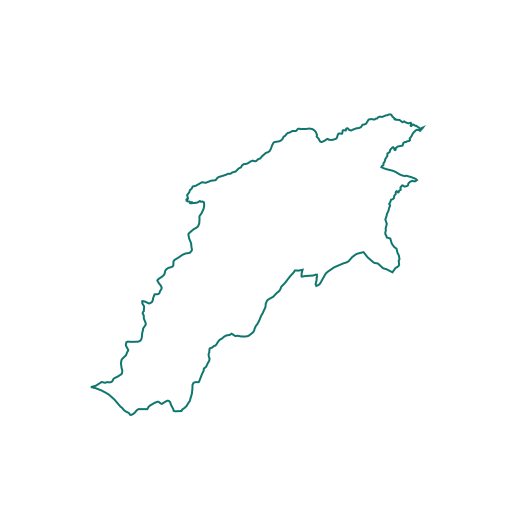 Chinácota, Norte de Santander, Colombia (Albers equal-area conic projection), rotated 54°
{"feature_id": "7082276B37523182527057", "entity_name": "Chinácota", "entity_type": "district", "adm_level": 2, "iso_a3": "COL", "parent_name": "Colombia", "parent_adm1": "Norte de Santander", "projection": "albers", "projection_center": [-72.587, 7.578], "detail": "fine", "context": "isolated", "style": "outline", "palette": "teal", "viewbox_px": 512, "rotation_deg": 54, "n_neighbors": 0, "source": "geoboundaries", "source_scale": "gbopen_adm2", "svg_char_len": 6058}
<svg xmlns="http://www.w3.org/2000/svg" viewBox="0 0 512 512"><g transform="rotate(54 256 256)"><path d="M349.4,155.2L347.7,150.2L348.0,147.7L347.8,146.3L346.9,145.1L343.8,143.4L342.8,141.7L339.5,140.1L336.7,139.7L332.6,138.0L330.1,138.9L327.0,138.9L325.5,138.8L320.8,137.1L317.9,139.3L316.6,138.8L314.7,138.6L313.2,137.8L311.7,136.0L310.0,135.0L306.9,131.3L302.5,129.9L300.1,126.5L299.1,125.6L297.3,122.3L295.5,120.2L294.2,118.1L293.7,117.7L292.4,117.8L292.0,117.4L291.6,116.1L289.9,113.8L290.4,111.8L290.3,110.5L288.6,108.8L287.9,106.4L287.1,106.0L286.2,104.8L286.2,104.2L286.9,103.8L288.1,103.7L288.3,103.3L287.3,101.7L287.5,100.0L285.4,98.8L284.8,96.2L285.2,95.8L286.3,95.5L287.3,94.8L288.2,92.5L288.1,91.4L286.9,90.1L286.5,88.0L287.0,85.4L288.5,84.3L289.1,83.3L289.2,81.2L287.4,81.5L283.8,83.8L279.4,87.2L278.9,88.5L277.0,90.2L274.7,91.7L269.7,93.8L266.8,95.7L262.6,99.3L259.8,101.3L257.8,102.3L257.3,101.3L257.4,100.0L257.2,99.3L255.9,98.3L255.2,96.3L253.7,94.6L252.3,91.0L250.3,89.4L250.5,86.8L248.9,84.8L248.4,81.9L248.5,81.2L249.2,80.9L251.7,81.5L252.1,81.2L252.1,80.7L250.8,79.2L250.8,76.8L252.7,72.8L252.7,72.3L251.3,70.6L251.2,69.9L251.3,68.5L252.0,67.5L252.0,66.4L252.9,64.6L252.9,63.7L252.7,63.2L251.5,62.8L251.1,62.2L250.7,60.3L248.9,56.8L248.3,53.1L248.5,51.5L250.0,50.2L251.1,49.8L251.3,49.4L250.6,48.0L250.7,47.0L250.2,45.4L249.7,47.7L249.3,48.4L244.9,49.8L244.3,50.6L242.3,51.3L241.8,52.1L242.1,53.8L241.8,54.3L241.3,54.1L240.4,52.7L239.2,52.5L238.4,54.5L237.7,55.2L235.6,56.5L234.2,57.0L234.0,58.6L233.8,58.9L230.4,59.9L227.5,63.2L227.1,63.4L226.8,62.9L226.3,63.3L225.3,63.2L223.6,63.7L221.2,63.5L220.1,64.5L219.5,65.7L219.3,67.2L218.5,68.4L217.7,72.1L215.9,74.2L215.6,75.4L215.9,77.2L215.3,78.4L215.3,79.6L215.0,80.3L213.1,82.1L211.9,84.4L212.0,85.2L213.7,89.2L213.1,91.5L212.5,92.5L212.5,93.0L213.4,95.0L213.2,96.8L212.7,98.1L211.8,99.5L210.7,103.4L210.4,105.2L208.9,106.5L206.8,106.7L206.1,107.4L206.3,108.6L207.1,109.3L207.2,109.7L205.8,111.0L205.4,112.0L207.5,114.2L207.6,114.7L206.0,116.3L205.5,117.5L206.4,119.1L207.8,120.9L208.2,122.2L207.4,124.9L206.5,126.7L205.0,128.5L204.5,128.9L203.6,129.0L203.2,129.4L203.0,133.3L202.4,135.9L201.4,136.7L200.4,136.8L198.0,136.4L195.1,136.7L193.9,135.5L191.2,134.8L188.8,134.9L186.6,135.7L184.4,137.7L182.6,140.9L179.6,145.2L178.2,146.4L177.8,147.6L178.3,149.3L178.3,150.4L176.3,153.0L175.9,156.1L175.2,157.9L175.2,159.0L175.9,162.0L175.7,163.5L177.0,165.9L177.2,168.2L176.9,169.7L174.7,174.1L174.6,175.1L175.8,177.7L178.0,180.9L179.1,183.2L179.1,185.0L178.4,187.6L178.9,192.7L179.6,195.2L178.9,197.6L179.3,199.7L178.9,201.0L176.8,202.8L176.3,205.0L176.2,208.2L175.7,209.8L174.5,211.8L174.5,214.0L175.4,216.0L175.0,218.7L175.7,222.8L174.5,226.0L174.4,228.5L173.0,230.3L172.7,232.3L171.7,235.5L170.2,239.7L170.1,241.4L170.8,243.5L170.7,244.6L168.7,248.0L167.2,253.7L164.6,256.3L163.8,263.3L162.6,266.4L163.7,268.5L163.9,270.8L165.3,272.6L166.1,275.7L166.6,276.1L169.3,277.1L169.5,277.4L169.2,277.5L169.4,278.9L170.0,278.8L170.5,279.7L172.1,278.9L172.6,278.0L173.8,277.6L174.4,276.8L174.8,278.0L174.9,277.9L178.0,272.8L178.5,270.8L178.5,269.1L180.0,268.5L180.5,267.2L182.1,266.6L184.4,268.0L186.3,269.8L187.5,271.4L189.5,275.1L190.5,278.2L191.7,279.3L193.0,280.0L196.2,282.7L197.6,284.8L198.0,285.9L198.1,287.2L197.7,291.0L198.0,294.9L198.3,297.3L199.0,298.2L202.9,299.9L207.5,301.0L210.9,303.0L213.3,304.1L213.9,305.0L214.5,307.4L214.2,308.5L212.6,311.4L211.8,314.8L211.7,319.8L211.3,324.2L211.8,325.9L214.9,328.3L215.5,329.7L215.3,330.7L214.1,334.0L214.1,336.8L214.5,337.9L217.0,340.9L217.5,343.5L217.3,348.6L217.6,349.8L217.9,350.3L221.4,350.6L223.5,350.4L224.9,350.6L226.3,351.0L227.1,351.9L228.0,354.2L229.3,356.1L229.4,357.0L229.1,358.1L227.5,360.3L227.4,360.7L229.8,364.2L231.0,365.3L232.1,367.3L231.9,369.7L231.5,370.5L227.5,372.7L225.7,374.4L226.1,375.0L227.9,375.9L230.8,376.1L231.5,376.5L234.8,379.3L234.9,380.3L235.7,381.4L238.2,381.8L240.7,383.5L245.2,384.6L246.7,385.5L248.3,389.9L249.7,391.2L251.3,393.2L254.8,396.3L255.7,397.4L256.5,399.0L256.4,400.5L255.8,402.1L252.0,407.6L249.9,410.0L249.6,411.5L251.2,413.4L252.1,413.9L256.9,414.6L257.4,415.0L258.1,416.8L259.9,419.5L260.6,424.8L261.2,426.1L263.4,428.3L267.4,430.5L270.1,431.5L272.0,433.2L272.5,434.4L272.2,439.2L271.6,442.2L271.7,443.6L272.9,445.9L272.8,447.5L271.8,449.3L270.5,450.5L269.9,452.6L267.2,454.9L266.8,461.9L265.0,466.6L268.3,463.7L273.7,460.2L277.9,458.1L281.6,456.5L289.1,454.9L298.2,454.2L300.1,453.6L303.4,453.4L305.3,452.7L308.2,451.2L310.6,451.1L311.2,450.5L311.6,448.3L311.5,446.2L310.7,443.2L310.8,441.1L316.0,434.0L314.9,431.6L314.7,429.4L315.2,424.4L315.8,422.1L316.1,421.1L317.1,420.4L319.5,419.7L320.3,419.1L320.7,413.9L321.1,412.5L322.0,411.7L323.8,411.4L326.7,412.3L331.1,412.9L332.9,413.6L334.2,412.6L337.6,407.4L336.9,406.1L336.9,403.0L336.5,400.1L335.2,397.3L334.5,395.0L329.6,388.7L325.7,385.2L323.0,383.2L322.0,381.4L322.1,380.0L322.6,378.9L324.2,376.8L324.3,376.1L319.6,368.8L318.2,366.0L316.4,364.3L316.4,362.0L316.2,361.3L314.4,358.1L313.4,355.6L311.7,353.8L310.1,353.5L307.7,352.2L306.4,350.4L303.9,348.3L303.6,347.7L304.3,345.2L304.1,342.6L304.5,342.0L304.6,341.5L304.4,340.4L302.9,336.6L302.4,334.4L302.8,332.5L302.5,328.9L302.9,326.5L304.4,323.8L304.5,321.4L308.6,319.8L309.6,317.9L312.6,315.1L313.5,313.6L314.3,313.0L316.1,309.5L316.2,307.3L316.0,303.2L315.3,301.4L314.0,299.9L312.5,297.2L311.9,295.0L310.0,291.1L307.4,287.0L306.4,284.6L302.9,278.4L300.3,276.1L298.9,273.8L298.5,272.8L298.5,270.9L299.1,266.0L298.2,261.5L298.0,258.0L297.5,256.4L295.7,253.5L294.9,248.6L292.5,240.5L291.4,235.1L290.6,233.0L293.0,229.9L294.5,226.4L296.5,228.9L299.1,231.1L299.6,231.1L301.3,227.7L305.4,221.2L306.2,218.6L306.9,217.7L307.6,218.4L308.8,218.8L309.4,220.0L310.9,220.9L313.8,224.3L315.7,224.8L316.2,222.4L316.0,220.4L311.2,210.0L310.9,207.1L311.1,199.4L313.3,189.7L314.4,186.5L314.7,184.4L313.4,178.6L313.4,173.8L313.9,172.1L316.0,166.9L316.2,166.7L322.5,166.5L330.0,164.8L331.5,164.0L333.7,161.8L340.6,160.4L343.6,158.1L349.4,155.2Z" fill="none" stroke="#0f766e" stroke-width="2"/></g></svg>